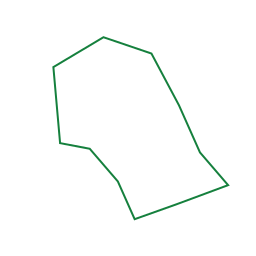 an SVG outline of Mtarfa, rotated 66°
{"feature_id": "MLT-5922", "entity_name": "Mtarfa", "entity_type": "state/province", "adm_level": 1, "iso_a3": "MLT", "parent_name": "Malta", "parent_adm1": "", "projection": "robinson", "projection_center": [14.404, 35.886], "detail": "fine", "context": "isolated", "style": "outline", "palette": "green", "viewbox_px": 256, "rotation_deg": 66, "n_neighbors": 0, "source": "natural_earth", "source_scale": "10m", "svg_char_len": 302}
<svg xmlns="http://www.w3.org/2000/svg" viewBox="0 0 256 256"><g transform="rotate(66 128 128)"><path d="M114.2,196.2L42.0,171.4L35.1,113.5L69.5,76.3L128.0,72.2L179.6,72.2L220.9,59.8L217.5,113.5L214.0,159.0L172.7,159.0L131.4,171.4L114.2,196.2Z" fill="none" stroke="#15803d" stroke-width="2"/></g></svg>